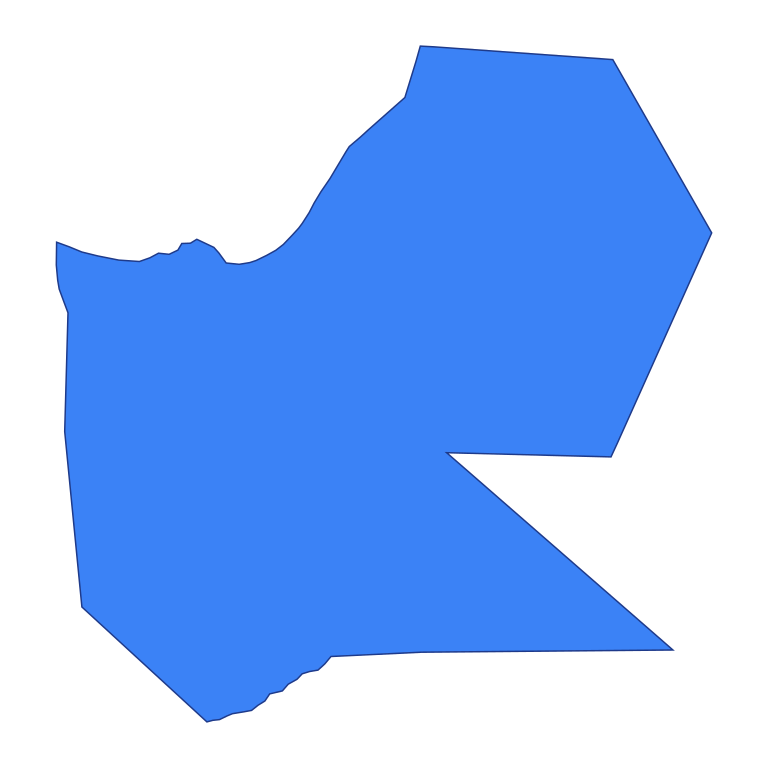 São Miguel do Fidalgo, Piauí, Brazil (orthographic projection)
{"feature_id": "56859067B99760501639762", "entity_name": "São Miguel do Fidalgo", "entity_type": "district", "adm_level": 2, "iso_a3": "BRA", "parent_name": "Brazil", "parent_adm1": "Piauí", "projection": "orthographic", "projection_center": [-42.377, -7.594], "detail": "fine", "context": "isolated", "style": "filled", "palette": "blue", "viewbox_px": 768, "rotation_deg": 0, "n_neighbors": 0, "source": "geoboundaries", "source_scale": "gbopen_adm2", "svg_char_len": 991}
<svg xmlns="http://www.w3.org/2000/svg" viewBox="0 0 768 768"><path d="M420.3,46.1L415.8,62.0L404.9,97.5L367.8,130.3L360.6,136.9L349.3,146.5L346.1,151.5L330.0,178.5L320.9,191.8L314.2,202.9L309.1,212.7L302.3,223.3L298.7,228.1L292.3,235.1L283.3,244.5L275.8,250.3L266.4,255.5L256.1,260.5L249.7,262.6L239.2,264.3L226.2,263.0L218.8,252.9L213.9,247.4L196.8,239.3L190.4,243.2L181.8,243.5L177.9,250.1L169.1,254.3L158.5,253.2L149.9,257.8L139.4,261.5L118.8,260.1L97.6,255.9L81.8,252.0L69.2,246.8L56.6,242.2L56.3,265.0L57.7,280.3L59.2,289.1L64.1,302.4L68.0,312.8L64.7,431.5L81.9,607.0L206.9,721.9L212.9,720.3L219.5,719.6L226.9,716.0L232.4,713.7L244.0,711.8L251.6,710.4L258.1,705.2L264.9,701.0L269.7,693.9L282.4,690.9L288.2,684.2L297.1,679.2L302.2,673.8L309.7,671.5L318.0,670.1L324.8,663.9L331.0,656.5L421.2,652.2L672.9,650.0L663.2,641.5L657.0,636.1L478.2,480.2L446.6,452.7L611.0,456.9L617.2,443.5L711.7,232.9L612.8,59.6L433.5,46.8L420.3,46.1Z" fill="#3b82f6" stroke="#1e3a8a" stroke-width="1.5"/></svg>